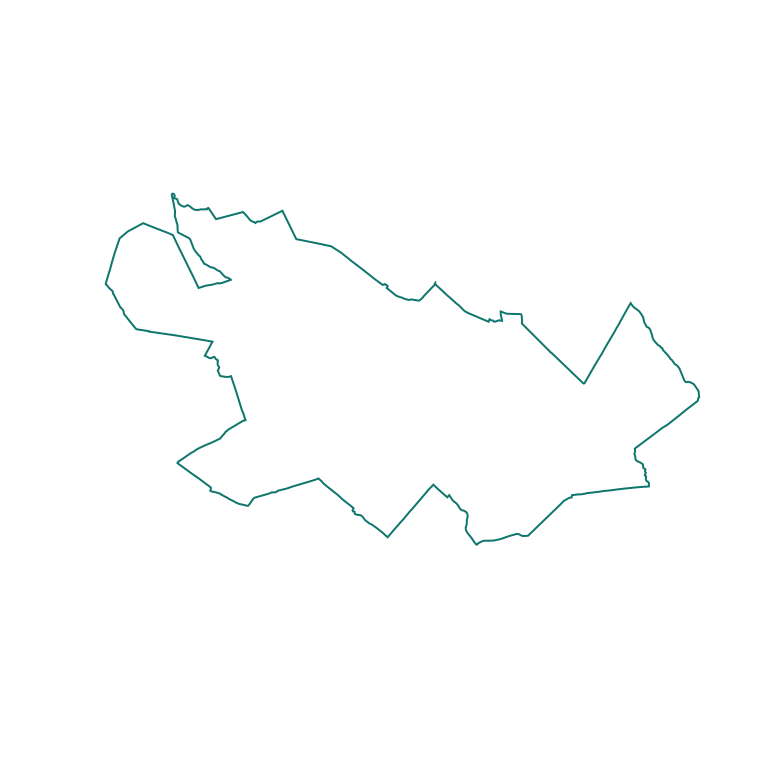 the district of Clejani, Giurgiu, Romania, rotated 201°
{"feature_id": "2599482B97356742421436", "entity_name": "Clejani", "entity_type": "district", "adm_level": 2, "iso_a3": "ROU", "parent_name": "Romania", "parent_adm1": "Giurgiu", "projection": "orthographic", "projection_center": [25.72, 44.314], "detail": "fine", "context": "isolated", "style": "outline", "palette": "teal", "viewbox_px": 768, "rotation_deg": 201, "n_neighbors": 0, "source": "geoboundaries", "source_scale": "gbopen_adm2", "svg_char_len": 6130}
<svg xmlns="http://www.w3.org/2000/svg" viewBox="0 0 768 768"><g transform="rotate(201 384 384)"><path d="M165.3,538.3L166.2,539.3L168.5,541.2L171.6,543.2L173.2,543.8L178.2,545.2L180.0,546.0L182.7,547.9L183.1,545.6L184.5,536.5L185.6,528.2L185.8,527.5L186.1,524.4L186.4,522.2L187.0,519.6L187.1,518.2L187.9,512.9L190.4,498.2L191.6,489.5L192.2,486.8L192.9,482.4L193.4,480.3L193.4,479.1L193.8,477.7L197.1,456.7L197.3,456.3L197.7,456.0L199.1,456.4L237.8,472.7L238.5,472.9L239.7,473.1L239.7,473.3L277.0,489.9L277.7,492.5L280.2,497.5L281.0,498.2L282.3,497.9L294.5,493.6L296.8,493.5L301.0,493.5L299.9,490.7L297.2,486.6L296.5,485.2L299.4,484.7L303.2,481.6L305.1,482.3L306.5,481.9L308.7,482.3L308.7,479.6L330.7,480.4L334.2,480.8L336.8,481.7L341.8,484.1L345.8,485.3L354.8,488.8L356.0,489.1L367.8,493.9L370.1,494.7L371.7,495.6L372.0,496.0L372.3,496.6L372.6,495.6L372.4,495.0L372.5,494.2L377.8,481.7L379.2,477.7L380.8,474.8L381.2,474.4L382.4,474.0L383.2,474.0L386.0,473.2L388.3,473.0L390.4,471.7L391.4,471.3L395.0,470.9L396.6,470.9L397.9,471.1L400.9,470.8L401.5,470.9L403.3,470.7L405.0,471.1L415.9,474.6L415.6,476.7L416.1,476.9L419.0,477.6L419.6,476.8L420.2,476.5L420.7,476.0L429.5,478.4L446.5,483.7L458.6,487.2L470.3,491.0L482.6,493.6L493.1,492.0L517.8,487.8L540.9,509.3L557.6,491.4L560.7,490.1L561.7,488.2L562.8,488.6L566.2,488.6L567.6,489.0L574.1,492.6L577.3,494.0L599.9,477.7L611.0,485.4L611.9,484.7L612.1,484.2L611.9,483.7L618.2,481.1L619.7,479.9L622.7,478.9L624.3,478.9L626.7,479.5L629.0,480.3L630.8,480.6L631.7,480.4L633.3,478.5L633.9,478.0L634.8,477.8L637.7,477.9L640.2,478.8L641.1,479.6L643.1,482.2L643.8,482.5L646.2,482.3L646.6,482.8L646.8,483.6L646.7,484.4L646.9,484.8L647.3,485.3L647.7,485.7L648.7,486.1L649.7,485.9L650.0,485.4L649.9,484.4L645.4,477.6L640.9,470.3L639.4,465.6L638.4,464.5L634.0,458.6L633.1,456.9L632.3,454.8L631.1,452.4L630.7,451.8L629.6,451.5L618.4,450.3L617.3,449.9L616.4,449.2L610.2,442.2L607.3,440.0L602.9,437.7L601.0,437.0L599.8,435.4L596.4,433.1L596.2,432.9L596.3,432.8L595.6,432.3L594.7,431.7L593.5,431.9L587.9,430.9L584.9,431.4L583.8,431.3L579.3,430.3L577.9,430.5L577.0,430.1L573.4,428.2L570.1,426.8L568.1,427.3L564.4,426.6L564.3,426.4L571.2,420.5L574.0,418.7L575.3,418.7L579.6,415.4L585.5,412.0L591.5,407.2L600.0,415.3L624.8,438.2L634.5,447.4L639.8,447.6L652.0,447.6L666.5,447.8L677.6,434.9L678.8,432.9L683.0,425.2L682.3,408.6L681.5,399.1L680.8,392.5L680.7,389.9L679.8,378.5L679.4,377.3L678.4,377.1L675.8,375.7L675.6,375.4L673.1,374.3L672.3,374.2L670.7,373.3L669.5,371.9L669.1,371.0L668.6,370.9L667.6,370.0L658.0,361.4L654.5,359.7L653.6,359.0L651.8,356.3L651.2,355.8L638.2,348.2L634.8,346.4L622.3,349.1L622.2,348.7L596.4,354.6L563.9,361.2L559.3,362.0L561.4,346.1L559.0,346.1L556.3,345.6L554.5,346.2L553.7,347.3L553.2,347.9L552.3,348.4L551.7,348.4L549.9,347.0L547.8,346.7L547.4,346.3L547.5,345.6L547.0,344.8L546.9,344.0L546.3,342.6L545.5,341.7L544.1,340.8L543.7,340.3L543.9,338.0L543.8,337.0L543.9,336.9L540.0,332.9L539.2,332.9L535.6,333.6L532.6,334.5L531.4,335.1L529.6,336.5L519.5,324.2L507.9,309.4L504.5,305.8L501.3,301.6L500.3,300.6L500.7,300.2L501.5,299.8L502.0,299.5L506.3,294.2L513.4,285.1L513.9,283.8L514.7,282.9L515.3,280.3L516.4,277.6L517.3,274.6L517.6,274.2L524.0,267.4L528.9,262.8L534.3,257.1L535.6,255.5L537.5,252.7L539.3,250.6L540.9,248.3L544.9,242.4L547.8,238.4L548.6,236.9L548.4,236.1L530.3,231.2L522.9,229.4L508.8,225.4L508.4,225.1L508.2,224.7L507.9,222.0L505.6,222.0L502.4,222.6L498.0,222.9L496.4,222.6L495.9,222.3L495.1,222.3L493.5,222.0L492.7,222.0L489.2,221.6L487.8,221.2L481.0,220.5L479.5,220.2L478.3,220.3L476.6,220.1L467.6,221.4L467.1,221.8L466.5,223.6L464.9,230.3L464.0,231.5L451.8,240.7L450.0,242.6L448.7,243.0L446.4,244.1L445.8,244.6L445.2,245.8L444.2,246.7L443.6,247.2L437.0,251.8L432.4,255.7L415.7,268.5L413.5,270.3L411.3,272.3L407.4,270.8L405.4,269.7L400.6,268.0L387.2,263.8L382.1,261.7L378.2,260.4L372.1,258.6L367.9,257.1L368.1,256.0L368.1,255.4L367.9,254.4L367.4,254.0L366.9,254.0L365.8,254.3L364.7,252.3L361.9,252.3L359.0,253.1L357.4,252.8L356.0,252.2L353.8,250.7L352.7,250.1L347.8,248.6L345.7,248.5L344.4,248.3L339.1,246.9L332.0,244.7L325.7,242.2L320.6,256.5L320.4,256.6L319.4,259.8L317.1,265.5L317.1,265.8L314.7,272.7L313.7,275.8L313.3,276.4L304.3,301.8L301.8,307.7L296.1,305.3L284.3,300.9L283.3,303.6L278.9,300.5L277.7,299.8L276.6,299.3L275.4,299.1L273.3,298.3L271.4,297.2L268.2,294.7L266.6,294.1L265.9,294.1L264.9,294.3L263.0,294.2L261.8,294.0L260.9,293.6L259.9,292.9L259.0,291.6L258.7,290.8L258.3,289.8L258.0,287.0L256.6,283.1L256.4,281.6L256.4,280.1L256.0,278.6L255.6,277.8L255.1,277.0L253.4,275.4L252.6,274.8L247.2,271.7L242.6,268.4L240.9,267.5L239.9,267.2L239.4,267.7L239.6,267.9L239.4,268.4L239.0,269.1L235.6,272.8L234.1,273.7L230.1,275.2L224.8,277.5L224.7,277.7L220.0,280.7L212.4,287.1L206.5,291.5L205.6,291.9L204.5,292.1L200.2,291.7L195.2,293.9L175.9,335.3L174.1,339.7L173.6,340.0L173.3,340.5L172.5,341.3L170.8,343.6L170.2,344.1L168.2,345.3L168.6,347.6L163.8,350.2L160.1,351.8L156.9,353.7L155.3,354.9L146.6,359.4L140.8,362.7L133.6,366.3L127.5,369.7L124.3,371.3L122.7,372.2L108.2,379.5L99.9,383.3L100.6,384.8L101.2,386.5L102.8,387.4L104.0,387.5L104.6,387.9L105.2,388.5L105.5,389.0L105.9,390.7L106.3,391.6L106.6,391.9L107.5,392.0L107.9,392.5L107.9,393.2L107.7,394.6L107.7,394.9L108.0,395.2L108.7,395.6L109.0,396.0L109.1,396.3L109.2,397.8L109.8,398.2L111.6,398.4L112.5,399.7L113.5,401.7L114.0,402.0L116.5,402.5L120.2,402.8L121.2,403.1L121.8,403.5L122.8,404.8L123.4,406.4L124.9,408.1L125.3,408.8L125.3,410.4L125.4,411.1L126.7,413.6L113.6,434.4L108.4,442.8L104.2,448.4L96.8,461.0L91.6,470.0L85.0,480.7L85.5,482.9L85.4,483.9L85.0,484.5L87.6,489.7L88.4,490.6L94.2,494.6L95.8,495.1L98.8,495.3L101.0,495.0L102.3,494.1L103.2,494.0L103.7,494.2L105.0,495.1L113.6,504.2L116.2,505.9L117.8,506.5L119.7,506.8L122.1,508.5L124.4,509.8L125.8,510.2L127.0,511.2L130.7,513.3L135.2,515.4L136.4,516.3L136.9,517.1L138.3,517.2L139.3,518.0L140.0,518.2L140.3,518.4L141.5,518.4L143.3,519.1L147.7,521.4L150.0,523.6L151.0,525.4L154.8,529.9L155.8,530.8L156.5,531.1L157.6,531.5L158.8,531.4L159.3,531.6L162.8,534.6L163.8,535.7L165.3,538.3Z" fill="none" stroke="#0f766e" stroke-width="2"/></g></svg>